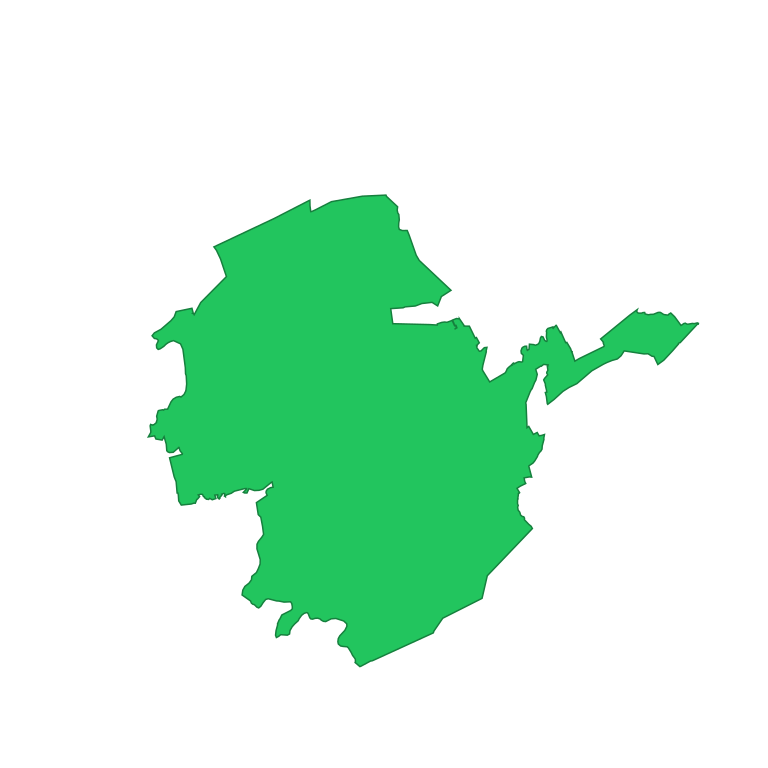 Jojutla, Morelos, Mexico (Robinson projection), rotated 43°
{"feature_id": "50627088B48455449727603", "entity_name": "Jojutla", "entity_type": "district", "adm_level": 2, "iso_a3": "MEX", "parent_name": "Mexico", "parent_adm1": "Morelos", "projection": "robinson", "projection_center": [-99.217, 18.6], "detail": "fine", "context": "isolated", "style": "filled", "palette": "green", "viewbox_px": 768, "rotation_deg": 43, "n_neighbors": 0, "source": "geoboundaries", "source_scale": "gbopen_adm2", "svg_char_len": 6170}
<svg xmlns="http://www.w3.org/2000/svg" viewBox="0 0 768 768"><g transform="rotate(43 384 384)"><path d="M571.0,183.0L572.4,175.7L572.4,162.6L572.1,153.9L571.7,153.6L571.9,152.4L572.4,151.8L572.4,126.4L573.0,125.9L572.6,125.2L571.5,125.6L569.7,128.3L568.2,129.4L565.5,133.0L564.5,133.7L562.9,134.0L562.1,135.2L561.3,138.6L550.7,136.6L545.3,136.5L544.7,138.6L544.7,140.0L541.2,142.4L537.4,143.1L536.6,143.7L535.6,144.8L533.5,149.3L531.6,151.1L530.1,153.1L527.2,154.7L525.9,153.9L524.7,155.1L524.0,156.6L521.6,158.8L519.2,158.7L518.5,156.9L516.8,165.9L511.7,203.3L516.0,203.8L516.2,204.4L518.9,205.8L519.3,206.6L509.5,232.1L508.0,237.1L500.1,232.7L499.6,232.1L499.3,232.5L496.4,230.9L489.4,228.9L489.4,229.2L488.7,229.9L477.9,225.3L478.1,226.3L470.0,223.6L469.8,223.8L469.7,227.9L468.9,227.8L468.5,227.2L466.0,231.6L466.0,233.2L466.7,234.7L467.8,235.4L470.7,238.9L473.3,240.6L474.0,241.8L473.5,242.3L471.7,242.5L468.2,241.1L466.7,241.9L467.0,243.6L468.7,246.3L469.4,248.1L469.5,249.9L468.3,252.4L466.6,253.1L463.2,255.7L466.3,259.6L465.9,261.6L465.2,261.4L462.5,259.1L461.2,260.4L460.4,262.6L460.4,263.7L461.6,266.3L463.5,267.9L466.4,268.0L470.1,273.1L469.6,274.2L467.6,275.5L466.7,277.0L465.5,280.3L465.3,280.0L464.3,280.4L464.2,283.1L464.7,283.0L463.9,285.4L463.7,288.7L464.8,291.8L465.0,293.4L459.9,310.4L447.2,306.9L445.8,306.2L443.5,302.8L436.8,290.6L436.3,290.4L434.3,287.0L432.6,289.0L432.4,293.5L431.6,294.9L431.1,295.0L427.3,294.2L425.5,292.8L426.0,292.5L425.5,291.9L425.6,288.9L419.9,287.0L419.5,288.3L407.0,283.5L403.1,287.0L402.6,286.6L394.6,284.8L394.8,285.0L392.4,286.6L390.5,290.5L395.7,292.8L396.7,292.0L399.0,293.2L398.2,295.9L398.8,293.6L396.8,292.5L395.9,293.3L390.5,291.0L388.0,295.9L386.0,297.4L384.2,299.6L382.0,303.7L382.7,304.6L377.0,309.3L349.3,333.9L337.5,324.3L346.0,315.2L346.9,313.1L353.7,305.6L356.8,299.3L363.5,291.5L370.0,290.3L366.3,280.9L369.1,269.8L325.6,269.6L319.8,267.9L300.7,257.9L296.3,255.9L292.7,259.3L289.8,260.5L287.6,259.2L284.9,256.1L283.2,253.5L279.2,249.9L277.6,249.6L275.1,247.9L273.1,245.1L257.9,245.1L256.6,244.5L240.1,261.4L221.2,286.5L215.0,303.6L213.6,307.0L212.9,307.9L208.5,304.3L204.4,300.1L190.7,338.1L166.1,399.7L170.3,400.5L179.1,404.0L195.5,412.9L194.4,449.4L197.9,462.8L196.5,462.4L195.8,462.9L195.7,462.0L191.9,459.6L182.6,472.8L184.8,478.0L185.0,483.0L183.6,496.0L181.2,503.2L181.5,506.9L185.0,507.3L186.9,506.0L189.1,506.0L189.5,506.3L190.9,510.6L193.1,512.6L195.3,512.7L196.3,510.9L197.3,506.6L197.4,503.8L197.9,501.2L198.9,498.5L200.5,495.8L207.8,493.4L213.2,495.7L227.5,507.5L231.9,511.9L233.7,512.8L239.7,518.6L243.2,523.3L243.9,524.6L244.9,528.1L244.4,532.0L243.1,532.4L241.1,535.4L240.1,538.9L240.4,542.3L242.9,550.0L240.7,552.1L240.6,553.4L239.7,553.8L237.4,556.9L237.2,557.7L239.7,562.6L241.6,564.0L242.5,565.0L243.5,567.2L243.9,567.4L243.4,571.0L242.9,571.3L242.7,572.0L240.9,572.7L241.5,574.1L245.6,577.5L246.5,578.6L247.7,583.4L251.6,578.4L254.7,579.8L260.0,576.3L259.1,572.5L265.8,576.5L270.6,580.9L271.9,581.1L273.8,580.5L276.4,577.7L277.3,569.6L277.5,570.4L280.4,571.9L284.1,572.5L284.4,573.1L277.5,584.2L293.9,595.0L298.6,597.2L307.0,604.8L307.5,604.3L309.0,605.2L313.6,609.5L318.3,610.8L324.9,603.2L326.3,600.7L327.3,599.9L325.8,596.1L326.1,595.4L325.9,592.1L323.8,591.8L325.1,589.6L326.6,588.5L328.6,589.4L329.5,589.0L330.3,589.6L332.3,589.1L332.6,589.4L334.5,588.0L334.5,586.5L337.3,585.8L339.2,582.4L336.0,580.7L337.7,578.6L337.9,579.0L338.4,578.8L338.8,579.8L340.2,580.6L341.9,580.5L341.9,579.4L341.3,579.1L341.2,576.0L341.0,575.4L340.4,575.3L341.5,573.2L342.2,572.8L343.5,574.1L343.7,574.8L344.9,574.6L344.3,574.0L344.5,572.4L346.8,568.1L347.7,564.4L353.5,555.4L354.8,554.2L355.1,554.7L355.0,559.2L356.3,558.8L358.1,557.2L356.6,552.7L361.9,550.3L365.1,547.0L367.2,543.5L368.6,533.2L369.0,532.0L373.3,535.1L371.7,537.2L370.5,540.4L370.9,542.7L371.9,544.0L374.5,545.1L371.6,557.8L381.1,565.3L384.7,565.4L392.2,570.9L398.5,576.1L399.1,579.3L399.5,584.8L400.4,587.8L403.5,591.2L413.2,596.8L416.2,600.2L418.1,605.0L419.3,608.9L418.5,614.8L420.6,617.6L421.1,621.7L420.3,626.9L421.3,631.0L424.1,635.1L434.3,633.7L436.5,634.7L438.4,634.5L439.6,633.8L443.3,633.9L445.1,633.2L445.5,630.6L444.7,626.3L444.4,622.3L445.8,620.0L453.4,615.9L455.2,614.4L459.6,611.7L464.2,607.0L466.3,607.5L468.7,609.3L470.3,611.0L470.2,613.3L466.8,622.6L468.1,626.8L468.2,628.0L469.7,632.1L470.4,632.6L473.2,637.9L476.0,641.7L478.2,642.8L479.1,640.3L479.4,637.8L484.6,633.6L485.4,631.2L483.4,628.5L482.4,624.2L482.3,620.6L482.7,615.7L482.0,613.4L481.5,609.4L482.0,606.3L483.1,604.2L484.1,603.5L485.5,603.8L489.2,605.6L490.7,605.7L492.2,604.6L493.4,602.4L495.3,600.4L497.7,599.4L499.1,599.5L501.5,598.9L503.4,597.5L505.5,591.8L508.7,588.3L516.1,584.8L520.3,584.8L522.1,586.5L523.4,590.9L523.4,598.3L524.2,601.4L526.0,603.9L527.9,605.3L530.9,605.2L533.0,603.9L536.3,601.3L537.9,601.3L543.0,602.7L546.1,603.9L550.5,604.7L552.3,606.3L552.8,607.4L559.6,607.1L559.3,607.0L563.2,595.5L563.9,594.9L564.6,593.5L589.8,532.4L589.0,530.6L586.7,515.2L601.9,473.9L590.3,453.8L591.1,388.5L588.6,387.7L585.6,387.9L579.2,387.5L578.3,386.3L576.8,385.8L575.3,386.6L573.3,386.7L570.8,385.2L568.0,384.7L565.7,382.9L565.0,381.3L563.3,380.5L560.9,377.9L560.4,376.7L560.1,376.8L557.8,373.4L556.9,372.4L557.3,371.7L557.3,371.0L552.4,369.6L553.3,365.9L555.5,360.1L553.4,359.3L550.5,357.1L553.6,352.9L555.5,351.4L546.0,345.4L545.8,344.9L546.9,340.1L546.7,337.4L545.7,332.5L545.0,331.0L544.4,328.0L544.5,326.2L544.0,323.9L541.9,321.3L538.8,315.5L537.7,314.5L535.8,311.5L534.4,314.0L532.8,316.1L529.1,315.0L527.6,319.0L518.8,316.3L518.4,318.4L501.7,301.9L500.5,301.2L496.2,290.1L495.4,287.2L495.6,286.7L493.1,280.3L492.4,277.5L489.5,272.4L484.9,269.8L486.4,264.1L486.9,263.8L487.4,260.8L491.0,258.1L491.7,259.4L491.4,259.7L494.5,262.2L495.0,264.3L495.5,265.0L497.5,265.7L497.6,270.4L498.0,272.1L501.9,273.9L502.9,274.9L507.2,277.8L508.6,279.0L507.8,280.2L511.3,282.4L516.8,287.0L517.6,287.2L518.9,279.4L519.9,267.3L521.7,260.3L524.8,252.2L527.0,232.6L531.0,219.8L532.4,216.2L534.7,211.3L537.6,206.5L538.1,201.7L537.1,196.0L553.6,184.7L556.5,181.8L561.1,180.9L562.7,179.7L571.0,183.0Z" fill="#22c55e" stroke="#15803d" stroke-width="1.5"/></g></svg>